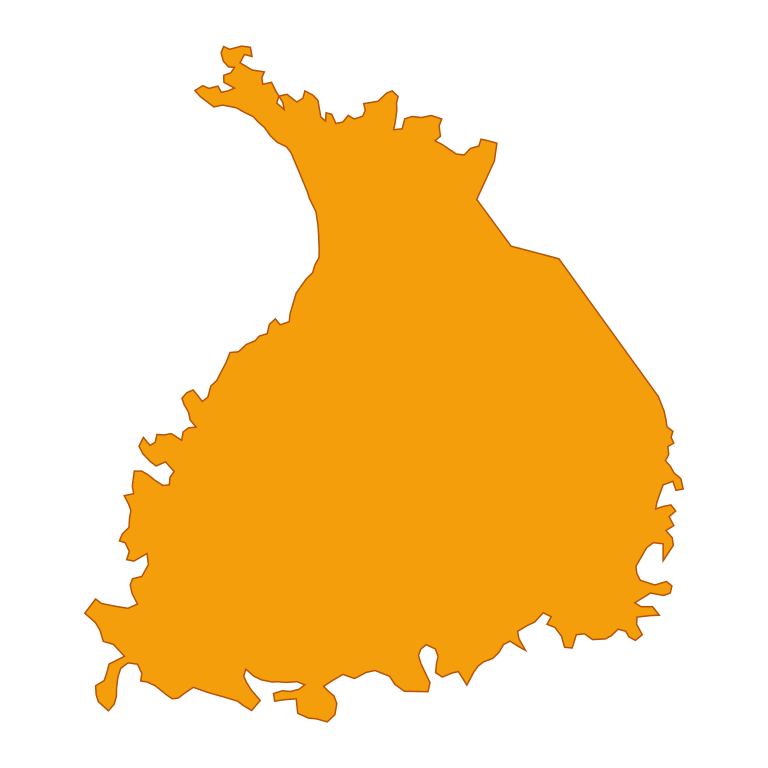 the district of Nova Cantu, Paraná, Brazil
{"feature_id": "56859067B67973694135820", "entity_name": "Nova Cantu", "entity_type": "district", "adm_level": 2, "iso_a3": "BRA", "parent_name": "Brazil", "parent_adm1": "Paraná", "projection": "mercator", "projection_center": [-52.583, -24.632], "detail": "fine", "context": "isolated", "style": "filled", "palette": "amber", "viewbox_px": 768, "rotation_deg": 0, "n_neighbors": 0, "source": "geoboundaries", "source_scale": "gbopen_adm2", "svg_char_len": 4204}
<svg xmlns="http://www.w3.org/2000/svg" viewBox="0 0 768 768"><path d="M428.0,691.7L430.0,682.7L420.9,663.6L418.5,655.6L420.8,649.1L426.2,644.7L435.3,648.9L438.1,656.4L436.5,663.6L435.6,672.6L442.3,677.1L452.4,672.9L458.4,671.6L466.9,685.1L473.7,672.2L478.2,666.0L483.6,661.8L492.8,658.4L499.1,652.2L503.5,644.5L510.0,641.1L519.2,646.9L525.5,650.4L518.9,638.7L517.6,631.3L527.5,625.4L534.7,622.0L543.2,612.8L551.2,616.7L547.0,624.3L554.9,627.4L561.5,636.2L564.6,647.3L572.2,648.0L576.3,634.7L584.6,633.8L592.5,639.6L605.4,638.9L611.3,635.8L618.0,629.2L625.6,631.2L629.0,636.9L635.4,640.4L642.3,634.7L636.6,624.3L637.0,617.1L650.5,615.6L659.3,615.2L652.6,606.7L641.1,606.7L634.8,602.8L650.5,593.0L663.7,595.5L670.3,593.0L671.9,585.9L666.5,581.5L654.8,585.0L640.3,580.3L636.9,573.7L635.9,566.4L646.7,547.6L653.4,542.7L663.1,543.8L663.1,560.8L673.3,545.4L672.3,537.8L665.9,530.5L673.8,525.6L669.1,516.7L675.7,511.0L670.9,504.9L662.5,506.6L655.6,509.0L657.1,501.7L660.6,491.7L663.2,484.8L672.9,481.3L676.0,490.3L683.2,489.0L680.8,478.6L674.1,473.0L670.3,466.2L665.4,460.8L668.7,454.5L667.9,446.5L673.8,443.1L671.1,437.4L672.9,431.3L666.9,426.7L666.0,420.1L664.1,411.2L658.4,396.6L558.9,258.8L523.9,249.5L511.1,246.2L476.7,199.4L494.4,160.9L496.9,143.2L487.0,140.5L481.0,139.2L478.8,146.1L470.4,148.4L464.3,155.0L456.2,154.0L442.5,144.7L435.0,140.8L440.4,136.3L439.1,125.9L441.7,119.0L431.2,115.5L421.7,117.5L412.0,116.5L404.7,118.9L402.2,128.8L393.7,129.7L395.2,122.4L396.8,110.3L396.5,103.0L398.1,96.5L392.1,90.8L386.5,93.2L378.2,101.2L369.7,102.7L363.7,103.6L365.3,110.3L362.7,116.2L354.2,119.0L348.2,115.3L342.9,122.0L335.9,123.5L331.7,114.2L326.1,112.8L325.5,121.1L320.8,116.9L319.2,107.8L317.9,100.3L312.9,95.1L304.9,90.9L302.9,98.2L296.8,102.0L287.0,94.3L278.9,96.1L275.7,90.8L271.5,82.3L262.8,84.3L261.8,77.7L264.3,71.9L252.0,70.0L240.0,62.8L244.5,54.5L252.0,56.5L250.4,47.3L241.6,46.1L229.6,49.3L223.7,46.5L221.1,52.7L223.3,61.1L228.6,67.0L234.4,67.3L230.9,72.8L223.7,75.3L223.9,82.3L234.4,88.1L228.0,90.9L221.3,92.3L217.9,86.1L209.1,88.4L202.8,85.7L194.9,90.5L200.2,96.5L213.8,106.9L222.7,105.1L236.5,107.8L243.7,112.0L253.2,116.6L258.6,122.4L264.3,127.3L270.3,135.7L277.2,142.3L286.4,146.7L291.2,153.0L300.9,176.2L307.5,192.1L309.4,198.4L316.0,211.9L317.9,224.7L318.6,234.5L319.2,249.1L319.0,257.7L315.0,264.7L312.6,272.7L306.3,278.9L296.2,293.1L290.2,313.3L289.2,321.7L280.1,324.8L275.3,318.8L269.4,324.4L267.2,333.7L259.2,336.1L255.2,340.7L246.3,344.5L238.4,351.8L230.0,352.5L226.1,362.5L221.1,372.0L216.7,380.6L210.9,386.0L207.8,397.3L202.2,401.4L198.0,395.9L193.1,389.9L186.7,392.8L181.9,398.3L184.2,404.8L188.5,412.1L190.2,420.1L196.1,427.1L188.6,427.8L183.2,431.9L181.6,440.3L171.3,433.6L163.7,435.0L157.0,434.4L155.2,442.3L150.0,445.4L143.4,437.4L139.0,446.2L142.9,453.8L150.2,461.5L156.1,466.0L165.5,461.8L174.1,471.5L170.0,477.3L169.3,484.8L163.1,485.5L154.8,480.2L148.2,474.9L141.8,471.1L134.3,471.1L132.3,486.1L133.7,493.7L124.2,495.7L128.6,504.1L130.9,510.5L129.5,518.3L129.0,527.4L122.3,534.0L119.4,540.9L125.2,542.7L129.3,551.4L126.7,559.7L133.9,561.1L147.0,553.5L148.4,564.6L141.9,576.4L132.5,578.8L130.2,585.0L132.1,593.4L137.5,604.1L128.0,608.3L117.2,606.6L110.0,605.2L101.5,603.5L95.6,599.0L84.8,613.2L95.5,622.7L99.9,630.0L103.3,641.4L113.2,644.2L124.5,656.3L109.1,664.0L106.5,674.0L104.1,680.6L95.6,685.8L96.2,694.8L98.3,701.7L108.4,710.8L114.1,704.3L116.4,696.6L116.6,687.9L117.8,677.5L120.7,668.4L128.0,662.9L137.5,664.2L141.8,673.3L140.7,681.0L147.2,682.0L155.5,685.9L165.9,694.4L172.2,698.8L178.2,698.1L184.8,693.1L193.3,687.3L206.8,692.1L214.7,694.4L222.6,696.6L237.5,701.1L243.5,705.7L251.7,710.5L260.2,700.5L251.3,690.1L246.9,683.1L243.7,676.2L245.9,669.2L253.9,676.2L261.5,679.9L272.1,682.0L277.9,681.7L285.4,682.4L297.1,681.7L304.7,684.8L299.0,689.3L290.4,691.5L282.3,690.8L273.5,693.5L274.7,701.2L284.4,699.7L296.2,698.8L297.7,713.3L308.5,718.1L316.1,718.8L327.3,721.9L334.9,714.6L336.8,703.6L334.0,695.9L329.3,692.1L323.6,686.4L331.7,681.0L342.8,674.4L354.6,678.5L366.2,672.4L375.0,670.5L389.5,676.2L394.9,684.4L404.4,691.3L417.1,691.5L428.0,691.7ZM278.9,96.1L282.9,102.7L284.2,109.6L276.7,103.0L278.9,96.1Z" fill="#f59e0b" stroke="#b45309" stroke-width="1.5"/></svg>